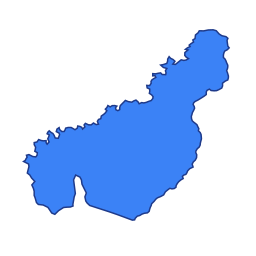 Santo Augusto, Rio Grande do Sul, Brazil (Equal Earth projection), rotated 266°
{"feature_id": "56859067B5859001654584", "entity_name": "Santo Augusto", "entity_type": "district", "adm_level": 2, "iso_a3": "BRA", "parent_name": "Brazil", "parent_adm1": "Rio Grande do Sul", "projection": "equal_earth", "projection_center": [-53.726, -27.897], "detail": "fine", "context": "isolated", "style": "filled", "palette": "blue", "viewbox_px": 256, "rotation_deg": 266, "n_neighbors": 0, "source": "geoboundaries", "source_scale": "gbopen_adm2", "svg_char_len": 3649}
<svg xmlns="http://www.w3.org/2000/svg" viewBox="0 0 256 256"><g transform="rotate(266 128 128)"><path d="M77.9,28.1L74.4,29.4L71.5,30.0L67.2,29.7L65.1,30.4L60.0,31.5L58.0,33.2L57.1,38.0L54.4,42.6L48.5,46.0L47.0,49.0L50.4,53.0L53.2,58.2L53.3,61.7L53.2,65.0L54.0,67.7L55.7,67.7L63.0,69.5L66.3,70.9L80.1,70.1L84.7,72.5L82.4,76.6L79.5,77.9L75.1,78.2L66.1,81.9L62.3,80.2L58.1,80.8L56.0,82.0L53.4,84.4L48.4,96.8L45.7,103.5L42.3,111.5L35.8,125.9L35.9,128.2L37.4,128.9L39.4,131.1L39.9,133.6L41.1,135.9L41.8,138.4L42.0,141.5L43.4,143.3L45.6,144.0L47.5,144.8L49.0,145.7L50.8,146.3L53.0,148.9L55.0,150.7L56.3,152.5L57.4,155.9L58.8,158.9L61.7,160.8L63.5,163.3L64.9,165.5L64.2,167.6L64.4,169.9L65.5,171.7L67.2,172.0L69.2,173.3L70.8,174.7L72.5,177.0L73.7,179.5L76.0,178.9L77.2,180.5L77.7,182.5L79.2,183.6L81.1,184.5L83.1,186.7L84.5,190.2L87.5,189.5L89.6,190.8L91.3,192.9L93.6,194.3L96.5,194.7L98.7,193.9L100.3,194.1L102.5,195.7L104.0,197.7L106.0,198.8L107.8,199.1L109.7,199.7L112.0,200.5L114.1,200.5L116.5,200.4L118.4,199.7L120.3,198.0L122.4,198.6L124.3,197.8L126.5,197.0L127.9,195.5L129.3,193.9L130.7,192.6L133.0,192.0L135.3,192.0L136.9,192.7L138.8,193.3L141.0,194.7L143.1,195.8L144.7,195.6L147.0,194.6L148.6,195.3L149.8,196.8L151.0,199.7L152.4,202.4L154.4,206.1L155.9,208.4L158.5,208.6L160.0,209.4L161.1,211.9L159.6,213.5L159.1,216.6L159.1,219.0L160.0,221.5L161.3,224.3L163.4,225.3L166.1,225.4L168.0,228.3L169.0,230.9L171.0,231.6L172.8,231.8L176.1,231.1L178.3,230.4L180.4,231.4L182.0,231.8L183.7,231.9L186.3,230.9L188.1,230.4L190.0,229.6L191.7,228.1L194.3,228.3L196.5,229.0L198.0,229.9L199.2,232.6L200.9,234.5L202.7,233.3L205.4,233.1L208.4,232.9L210.5,233.9L212.3,232.1L213.5,228.1L215.4,225.5L218.9,222.8L220.0,219.8L220.2,215.0L219.6,210.2L219.8,208.1L220.0,205.9L218.1,204.6L216.1,201.8L212.5,201.1L211.3,198.8L209.2,199.4L207.8,196.8L206.4,194.8L204.9,195.6L203.9,193.0L202.5,190.8L201.7,193.3L199.3,190.0L196.4,189.7L194.6,191.0L193.0,193.2L191.8,190.8L191.5,188.4L192.3,185.8L190.1,182.6L188.1,179.7L188.6,177.2L191.3,179.5L193.2,177.7L194.6,175.3L196.3,174.0L194.0,172.4L192.0,172.2L189.7,171.2L188.8,167.5L188.5,165.0L185.9,167.5L184.7,170.9L182.5,169.3L180.4,169.8L178.6,169.3L179.0,165.8L180.7,164.4L180.5,161.9L180.1,159.3L180.5,156.5L178.3,156.3L178.3,158.6L176.5,159.3L175.4,157.0L174.4,155.3L172.9,154.2L171.0,154.2L168.8,152.5L169.2,149.7L166.7,149.9L165.3,152.4L162.8,152.2L161.1,151.7L159.4,153.9L157.5,155.2L155.7,154.8L153.8,153.1L153.0,150.1L152.3,148.0L151.9,145.5L152.4,143.4L151.4,140.8L153.3,139.9L155.3,137.9L154.7,135.8L153.5,133.6L154.3,130.1L155.7,127.3L154.4,125.9L152.6,123.8L150.9,121.9L149.0,121.2L146.9,121.0L146.0,119.1L147.0,117.3L149.0,116.9L150.6,118.4L151.3,116.4L151.4,113.8L150.3,111.7L151.8,109.5L149.9,108.4L148.4,106.7L146.7,108.1L144.7,106.5L143.3,104.7L141.8,102.2L139.2,101.5L138.6,99.2L136.8,97.9L133.9,98.8L133.6,96.5L135.4,93.9L133.7,91.5L133.9,88.9L135.6,85.8L134.1,84.4L132.1,85.1L130.1,82.6L131.9,81.9L132.9,80.2L133.5,78.0L131.4,77.4L130.0,75.0L131.3,73.1L132.5,71.3L132.7,68.3L132.2,65.8L130.7,65.2L129.0,64.1L129.1,61.7L131.2,59.7L133.2,59.3L131.9,57.1L129.4,56.2L127.7,58.9L126.1,59.3L124.4,58.5L122.6,57.7L123.1,54.7L125.8,53.8L127.8,52.7L128.9,51.0L130.7,49.2L129.4,47.7L127.9,46.9L126.6,49.0L124.8,48.3L122.8,47.2L119.6,48.3L117.5,46.2L119.0,45.3L121.1,45.4L121.1,42.7L121.6,40.5L122.7,38.1L120.4,36.2L120.0,33.4L117.9,33.3L115.3,34.5L113.1,34.0L111.3,33.4L109.7,35.8L107.2,35.4L105.6,34.0L106.2,31.0L108.4,27.3L107.9,24.8L105.9,25.3L104.4,24.1L102.8,23.2L101.9,21.5L99.0,26.3L96.5,26.5L90.1,24.4L87.9,26.8L84.9,28.3L81.2,31.3L77.9,28.1Z" fill="#3b82f6" stroke="#1e3a8a" stroke-width="1.5"/></g></svg>